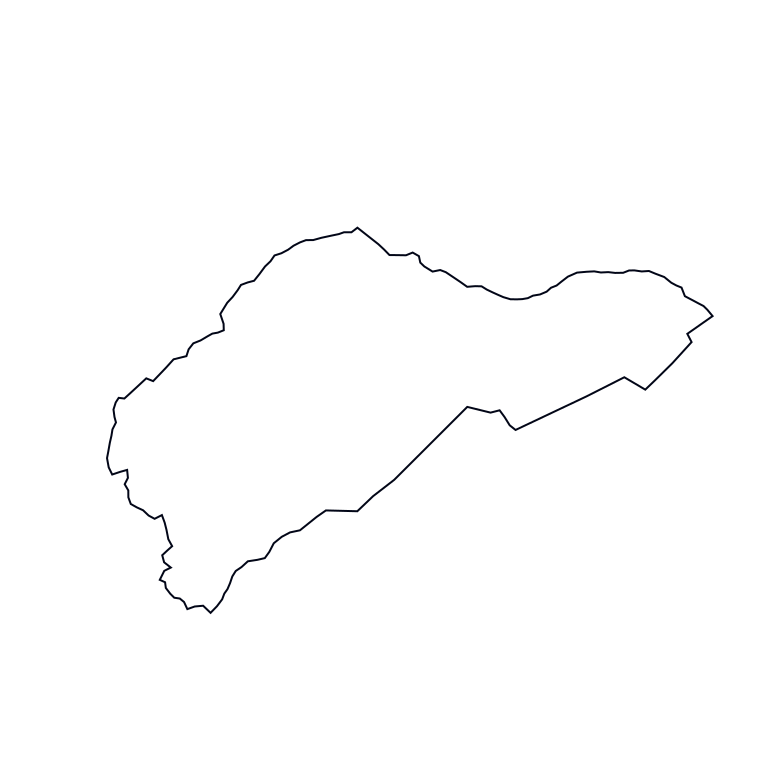 outline of Quixabeira, Bahia, Brazil, rotated 51°
{"feature_id": "56859067B9726767352662", "entity_name": "Quixabeira", "entity_type": "district", "adm_level": 2, "iso_a3": "BRA", "parent_name": "Brazil", "parent_adm1": "Bahia", "projection": "mercator", "projection_center": [-40.125, -11.381], "detail": "fine", "context": "isolated", "style": "outline", "palette": "ink", "viewbox_px": 768, "rotation_deg": 51, "n_neighbors": 0, "source": "geoboundaries", "source_scale": "gbopen_adm2", "svg_char_len": 2219}
<svg xmlns="http://www.w3.org/2000/svg" viewBox="0 0 768 768"><g transform="rotate(51 384 384)"><path d="M438.2,139.3L433.8,145.3L428.8,149.7L424.5,155.6L418.9,163.9L416.3,173.5L416.1,181.8L416.1,187.9L414.3,193.6L414.6,199.5L412.6,206.4L409.1,212.6L407.8,218.2L405.0,223.2L401.8,227.5L397.7,232.4L391.6,236.6L386.4,239.3L381.2,241.9L375.3,244.7L369.5,246.7L365.4,251.5L360.8,258.2L352.9,260.4L344.4,263.0L336.0,265.6L330.8,268.6L327.2,275.5L318.0,278.7L312.5,279.4L306.6,276.4L299.9,279.0L297.8,285.9L292.6,292.1L287.2,298.6L279.6,299.3L271.8,300.4L245.8,306.3L245.6,313.8L240.9,319.6L239.1,324.7L235.6,331.5L231.0,340.6L227.6,348.4L223.1,354.1L221.1,360.1L219.6,367.3L219.3,374.0L217.8,381.5L215.2,388.2L217.2,395.0L217.8,402.5L220.2,411.7L222.0,420.0L219.3,426.0L217.0,432.8L219.0,438.7L221.1,446.9L222.2,454.7L224.3,460.7L226.6,467.2L236.3,470.8L241.4,474.7L239.5,480.8L236.8,485.7L235.9,491.0L234.7,499.2L232.4,506.6L234.1,514.0L238.0,520.0L232.4,532.0L234.1,542.9L236.5,561.6L230.0,565.2L231.3,584.8L231.9,594.9L227.8,598.9L229.5,604.1L233.6,610.3L240.0,614.2L245.2,616.5L248.4,623.6L252.7,628.4L257.1,634.0L263.0,640.8L267.3,645.9L275.5,650.4L283.3,652.2L286.3,644.2L289.1,637.7L295.8,642.1L298.7,648.6L305.8,649.7L311.2,654.0L317.9,656.3L324.4,653.7L330.5,650.7L338.1,649.7L344.4,647.1L346.1,639.1L353.7,641.7L360.4,644.8L368.9,649.3L376.7,650.7L377.0,656.9L377.5,664.1L384.2,667.1L392.5,665.2L390.9,672.3L395.1,681.5L400.3,678.9L405.2,681.9L412.5,682.1L418.1,681.5L422.2,677.7L427.6,676.6L435.2,678.5L437.8,671.1L442.5,664.1L452.7,662.8L451.6,653.7L449.5,645.3L446.4,640.0L444.9,634.7L441.9,629.0L438.1,623.0L436.0,616.9L436.6,610.0L436.1,601.4L441.0,593.0L444.3,586.2L442.3,578.8L438.4,569.9L438.4,559.6L440.2,550.4L444.8,541.4L444.9,520.0L445.7,508.7L466.1,484.8L464.3,463.0L464.9,436.4L454.2,333.7L473.3,319.2L477.2,310.7L485.6,311.1L495.2,312.3L502.5,310.7L521.1,234.3L530.0,193.0L552.8,184.5L551.7,171.3L549.3,146.7L545.0,118.6L535.9,116.7L538.0,85.9L529.8,86.0L524.5,86.6L519.2,88.9L513.5,91.3L505.1,94.9L496.3,92.1L491.4,94.8L486.1,97.0L477.2,98.9L469.0,103.7L462.9,107.0L458.7,112.9L453.3,117.9L450.0,122.1L448.1,128.1L443.1,134.5L438.2,139.3Z" fill="none" stroke="#020617" stroke-width="2"/></g></svg>